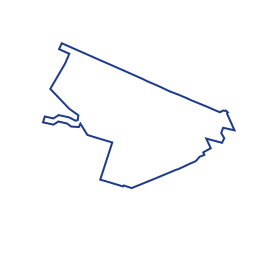 the district of Carroll, New Hampshire, United States of America, rotated 296°
{"feature_id": "52423323B18021300180262", "entity_name": "Carroll", "entity_type": "district", "adm_level": 2, "iso_a3": "USA", "parent_name": "United States of America", "parent_adm1": "New Hampshire", "projection": "natural_earth1", "projection_center": [-71.154, 43.884], "detail": "fine", "context": "isolated", "style": "outline", "palette": "blue", "viewbox_px": 256, "rotation_deg": 296, "n_neighbors": 0, "source": "geoboundaries", "source_scale": "gbopen_adm2", "svg_char_len": 1065}
<svg xmlns="http://www.w3.org/2000/svg" viewBox="0 0 256 256"><g transform="rotate(296 128 128)"><path d="M179.3,150.1L179.2,150.0L179.1,138.7L178.7,129.5L178.5,125.0L178.5,120.1L177.4,90.0L176.9,77.5L176.7,73.3L175.5,40.8L175.4,37.6L175.1,31.3L168.6,31.5L169.0,42.7L158.3,43.2L129.1,41.0L119.5,66.8L117.7,77.8L113.1,79.3L111.6,77.7L111.7,70.2L109.2,60.0L103.9,56.8L101.9,48.2L97.9,48.8L95.8,49.1L98.4,59.6L103.3,62.5L105.3,71.3L104.4,76.3L107.3,83.4L111.0,83.3L104.0,94.5L104.7,99.6L108.1,120.2L69.4,125.7L70.2,130.1L73.3,149.1L74.5,149.4L75.6,157.6L93.2,173.4L111.4,189.4L111.5,189.5L113.1,191.3L123.0,199.2L127.8,203.4L133.6,205.0L137.3,208.4L139.1,206.3L146.1,211.2L152.8,203.0L155.9,219.0L161.0,219.0L164.3,214.0L169.9,213.4L172.6,224.7L184.4,210.6L185.6,210.5L185.8,210.7L186.6,208.3L186.4,208.0L186.1,207.9L185.8,207.5L185.6,206.2L185.4,205.8L184.5,205.4L183.2,204.0L182.9,204.1L182.4,203.7L181.9,193.0L181.8,190.4L180.6,172.1L180.6,171.9L180.6,169.5L180.6,168.7L180.1,159.5L179.3,150.1L179.3,150.1Z" fill="none" stroke="#1e3a8a" stroke-width="2"/></g></svg>